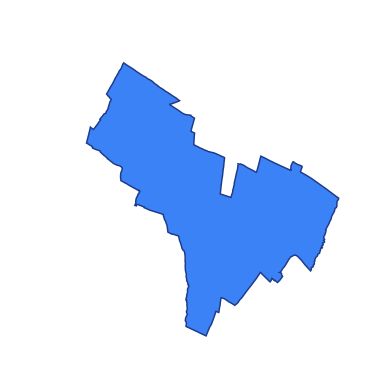 outline of Dodesti, Vaslui, Romania, rotated 45°
{"feature_id": "2599482B41248558558990", "entity_name": "Dodesti", "entity_type": "district", "adm_level": 2, "iso_a3": "ROU", "parent_name": "Romania", "parent_adm1": "Vaslui", "projection": "equal_earth", "projection_center": [27.924, 46.352], "detail": "fine", "context": "isolated", "style": "filled", "palette": "blue", "viewbox_px": 384, "rotation_deg": 45, "n_neighbors": 0, "source": "geoboundaries", "source_scale": "gbopen_adm2", "svg_char_len": 6043}
<svg xmlns="http://www.w3.org/2000/svg" viewBox="0 0 384 384"><g transform="rotate(45 192 192)"><path d="M302.4,241.9L302.3,241.1L302.5,240.8L302.6,240.2L302.7,238.3L302.6,237.1L302.2,235.5L302.0,234.3L302.0,231.4L300.8,224.1L299.7,214.9L298.6,207.4L297.2,200.5L310.7,200.4L310.6,199.1L310.2,197.6L309.5,196.5L310.0,196.4L311.6,196.4L312.9,196.5L313.1,196.4L313.1,195.8L316.4,195.6L316.5,194.7L316.5,192.4L315.8,187.7L315.3,187.5L314.0,187.3L313.6,187.0L313.2,186.5L312.7,186.3L312.4,186.2L312.0,186.2L311.4,186.4L310.9,186.8L311.1,186.1L311.1,185.6L311.0,184.8L310.5,182.9L310.3,181.8L310.1,179.6L309.6,176.9L308.4,172.3L307.7,168.6L307.9,167.7L309.0,164.2L310.5,163.2L312.2,162.8L316.0,162.9L316.8,162.8L323.7,163.6L331.6,163.9L331.4,163.3L331.4,162.7L331.1,162.3L330.3,161.5L329.9,160.8L330.4,159.8L330.5,159.1L330.3,158.8L329.5,158.3L329.6,157.2L329.5,156.6L329.1,156.0L327.9,155.1L327.8,154.9L327.8,154.1L326.9,153.4L326.4,152.1L326.0,151.3L325.8,150.7L325.9,148.8L325.7,148.1L325.0,147.2L325.0,146.5L325.4,145.6L325.4,145.3L325.1,144.4L324.3,143.3L324.1,142.5L323.7,141.9L323.3,141.5L323.0,141.0L322.8,140.5L323.5,139.9L323.6,139.4L323.5,139.0L323.1,138.9L322.3,139.0L322.1,138.8L322.0,138.2L322.0,137.5L322.2,136.9L322.2,136.6L322.0,136.4L320.7,136.1L320.5,135.7L320.4,135.3L320.9,134.8L321.1,134.3L321.2,133.8L320.8,133.4L320.2,133.2L319.2,133.1L319.2,132.6L319.5,132.1L319.4,131.8L318.6,131.6L318.2,131.4L317.2,131.1L316.8,130.3L316.3,128.5L315.4,126.8L315.1,126.0L313.7,124.1L313.1,124.0L311.2,117.5L310.5,116.2L309.6,113.1L309.0,112.2L308.9,111.9L308.3,111.0L307.8,110.0L306.9,106.8L306.3,105.0L305.9,104.2L305.2,103.3L304.9,102.7L304.8,101.9L304.9,101.3L305.1,100.9L304.8,100.4L304.6,99.8L304.2,99.5L303.7,98.8L303.1,98.3L302.6,97.6L301.7,96.8L301.3,96.2L301.0,95.1L300.8,93.7L300.1,92.7L299.6,92.7L298.4,92.9L298.4,93.0L284.9,94.9L267.2,97.9L262.3,99.0L254.6,101.1L254.3,100.9L254.1,100.5L252.3,96.7L252.0,96.2L251.5,96.1L250.4,96.4L248.7,97.1L247.6,97.7L244.7,98.6L243.5,98.8L242.7,98.8L242.1,99.1L242.2,100.1L243.0,101.8L243.3,103.0L243.7,103.7L245.5,105.8L246.4,106.1L246.6,106.9L245.9,107.1L238.1,110.1L228.4,113.6L224.9,114.8L219.1,116.6L215.3,118.0L221.3,128.1L223.6,132.4L223.4,132.7L222.4,133.0L220.5,133.5L213.8,135.7L212.0,136.1L210.0,136.4L206.4,137.9L206.1,138.3L206.1,138.6L204.7,139.5L204.9,139.6L205.5,140.5L207.8,143.3L210.3,147.5L215.7,156.0L216.2,156.3L219.4,161.5L219.8,162.2L220.7,163.2L221.3,164.3L222.3,166.5L223.4,168.3L213.4,173.4L208.9,167.9L203.8,161.4L202.6,159.6L198.4,154.4L196.4,151.6L194.4,149.3L191.2,145.2L190.9,144.8L190.6,144.7L181.5,148.1L179.6,149.0L178.9,149.4L178.2,149.9L174.5,152.1L173.2,152.4L172.0,153.1L169.7,153.9L166.3,155.2L163.4,156.1L162.1,156.7L161.9,156.6L159.8,157.3L155.0,151.9L153.3,149.9L152.2,148.5L148.3,149.9L141.6,138.1L137.4,138.9L137.0,138.5L136.9,138.5L136.0,139.3L133.1,141.5L132.3,142.0L131.3,142.4L129.7,143.0L126.8,143.5L124.4,143.9L117.0,145.5L114.8,146.0L114.3,145.5L114.9,144.8L115.8,142.9L118.5,136.9L118.6,136.2L118.0,136.4L114.8,136.7L109.9,137.8L108.4,138.0L107.2,138.3L105.0,138.7L102.4,139.4L100.7,139.7L100.1,139.7L96.9,140.4L96.0,140.7L94.9,140.9L92.4,141.1L90.8,141.3L89.8,141.6L84.9,141.9L83.7,142.3L82.4,142.5L81.5,143.0L81.2,143.2L78.1,143.5L75.0,144.5L71.3,145.3L69.6,145.6L68.4,145.9L65.0,146.4L62.8,146.8L56.9,148.2L52.4,149.0L52.5,149.7L52.9,150.9L54.5,154.6L54.8,155.9L54.9,157.6L55.0,158.0L55.6,159.4L56.3,162.2L56.7,163.2L57.2,165.6L57.9,167.7L58.6,169.4L58.9,170.7L59.1,171.1L59.5,172.5L59.8,174.1L60.7,177.3L61.2,179.2L61.7,180.5L62.1,182.4L62.4,183.2L63.1,183.2L64.7,183.5L65.6,183.2L67.0,183.6L68.0,183.7L68.5,183.7L69.2,183.4L69.9,184.5L70.1,186.0L71.3,188.2L71.7,189.0L72.0,189.3L72.4,190.4L72.6,190.7L73.4,191.9L74.1,193.6L74.3,194.3L74.5,195.7L75.1,197.0L75.4,197.2L75.4,197.5L74.7,198.5L74.6,198.8L75.1,202.1L75.1,203.3L75.4,205.7L76.4,205.7L76.5,206.9L77.3,211.4L77.8,215.1L78.0,216.6L78.0,217.5L74.3,218.0L75.1,219.2L78.0,223.9L82.8,232.0L83.6,231.7L86.0,231.2L86.5,231.1L87.2,230.9L87.7,230.7L89.2,230.4L89.5,230.8L90.5,230.7L90.8,231.2L93.7,230.0L98.2,227.9L98.9,228.5L101.6,228.5L104.4,228.3L104.7,228.2L108.4,227.9L108.6,228.3L108.8,228.3L109.3,228.1L116.2,227.3L116.8,227.2L120.3,225.9L120.6,225.7L122.0,224.8L123.1,224.4L124.5,224.2L125.9,224.5L126.6,225.4L127.3,226.7L127.8,228.1L128.9,229.8L131.2,232.3L133.0,233.6L133.8,234.3L134.7,233.9L137.4,233.1L138.3,233.0L138.6,232.7L139.2,232.5L142.6,231.8L150.4,229.5L153.0,228.8L152.8,228.4L153.1,228.3L153.8,228.1L154.2,228.4L154.7,228.5L154.8,228.7L154.6,229.2L155.1,229.6L155.2,229.9L155.2,230.2L155.5,230.8L155.5,231.0L155.4,231.2L155.6,232.2L156.1,232.9L156.2,233.6L156.6,234.1L156.6,235.0L156.8,235.3L157.1,235.7L157.7,237.0L158.4,237.6L158.4,237.8L158.5,238.1L159.6,239.1L160.5,240.4L161.0,241.9L162.4,241.2L161.8,239.7L163.0,239.0L169.0,236.3L169.2,236.9L175.4,234.5L176.4,233.9L187.6,228.1L187.9,228.6L188.5,229.0L189.6,229.5L191.9,230.8L192.7,231.1L193.7,231.3L198.0,233.3L203.3,237.4L206.6,236.4L207.7,235.9L208.9,235.0L213.6,232.6L217.5,235.1L219.9,236.1L223.6,238.2L224.9,239.0L227.2,239.5L228.5,239.3L230.7,240.8L232.7,242.4L236.2,245.9L238.2,247.5L238.9,248.5L240.9,250.4L242.1,251.5L243.7,252.7L246.3,254.2L247.1,255.4L247.7,256.0L248.9,256.7L251.2,258.6L252.5,258.8L253.9,259.8L254.5,260.0L254.7,260.3L255.0,260.1L255.4,260.4L255.6,260.7L256.1,260.6L256.7,261.5L256.9,262.3L257.3,263.5L258.3,264.7L259.9,266.2L260.9,268.3L261.1,268.6L261.5,268.7L262.0,269.3L262.1,269.8L262.5,270.2L262.5,270.5L262.8,270.9L263.8,272.3L264.0,272.6L264.6,272.2L265.3,273.0L265.9,273.5L267.3,274.3L268.1,275.3L268.9,276.0L270.3,277.2L271.4,277.9L272.3,280.0L272.7,280.6L273.7,281.3L274.4,281.5L275.4,281.9L275.5,282.1L275.8,283.8L276.8,285.9L277.6,286.9L278.3,287.8L280.1,288.2L280.7,288.6L281.8,290.0L282.8,291.3L303.7,283.8L302.7,281.5L300.1,275.2L299.3,272.0L297.8,268.6L295.7,264.1L293.3,259.5L296.1,258.3L295.3,257.0L293.2,254.3L291.8,252.1L288.3,247.7L287.4,246.1L290.5,244.5L295.6,243.6L299.3,242.5L302.4,241.9Z" fill="#3b82f6" stroke="#1e3a8a" stroke-width="1.5"/></g></svg>